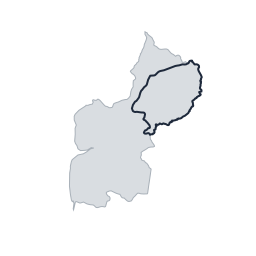 where Upper Takutu-Upper Essequibo sits in Guyana, rotated 230°
{"feature_id": "GUY-674", "entity_name": "Upper Takutu-Upper Essequibo", "entity_type": "Region", "adm_level": 1, "iso_a3": "GUY", "parent_name": "Guyana", "parent_adm1": "", "projection": "albers", "projection_center": [-59.289, 2.847], "detail": "fine", "context": "in_parent", "style": "outline", "palette": "slate", "viewbox_px": 256, "rotation_deg": 230, "n_neighbors": 0, "source": "natural_earth", "source_scale": "10m", "svg_char_len": 7521}
<svg xmlns="http://www.w3.org/2000/svg" viewBox="0 0 256 256"><g transform="rotate(230 128 128)"><path d="M81.7,119.3L76.3,113.3L70.9,107.2L65.5,101.2L65.2,100.4L67.4,97.6L69.4,95.5L71.1,94.4L71.9,93.3L71.3,89.0L71.3,87.4L70.6,85.7L70.0,83.8L70.7,82.2L71.5,81.1L72.5,80.6L75.0,80.2L76.8,80.1L77.4,79.4L78.4,78.7L79.8,78.7L82.4,79.2L83.6,78.2L85.8,76.9L90.7,74.7L91.7,73.2L92.5,70.9L92.4,69.8L91.9,69.4L90.7,69.0L88.9,69.0L87.4,69.6L85.9,69.3L84.6,67.9L84.5,66.7L85.3,65.0L84.8,64.0L82.4,60.5L82.4,59.5L84.2,58.0L85.2,56.7L86.6,53.5L87.6,52.5L91.0,52.1L91.9,51.4L93.6,49.7L96.2,47.8L99.9,46.3L101.0,43.6L101.6,42.8L104.6,41.3L105.1,40.6L105.0,39.9L100.3,33.7L101.3,34.1L104.9,38.1L107.0,39.0L107.4,39.0L107.4,38.0L109.3,38.4L114.1,41.2L121.1,45.8L131.1,54.5L133.9,57.8L135.8,59.3L138.7,63.1L139.6,64.9L139.5,72.3L136.9,77.3L136.3,81.0L136.1,86.0L134.6,88.9L136.6,87.3L137.2,82.8L139.0,80.1L141.2,77.1L144.2,76.3L147.4,77.6L149.9,77.8L152.2,78.7L157.1,83.5L161.8,87.3L163.5,90.3L168.6,91.9L171.5,94.3L172.5,96.3L173.1,101.8L172.1,110.0L172.4,110.4L171.0,112.0L170.8,113.0L169.9,114.9L169.2,115.9L170.2,118.1L171.4,118.2L171.8,118.5L172.1,119.0L172.0,119.4L171.6,119.9L170.5,120.4L169.5,121.7L169.6,123.2L168.9,123.9L166.9,124.3L162.8,124.4L160.8,124.5L159.2,124.7L158.2,125.6L156.8,126.3L155.8,126.5L154.9,127.5L154.0,129.1L154.3,130.1L155.2,131.5L155.8,133.0L155.0,135.3L154.2,137.1L153.8,138.5L153.1,141.2L151.6,144.1L150.5,145.7L150.5,147.5L151.0,150.1L154.2,153.8L155.3,155.6L156.2,158.4L159.0,160.7L160.8,162.5L160.7,164.9L160.9,165.6L162.1,166.3L163.4,166.7L164.9,166.7L166.3,166.5L166.6,166.1L169.7,166.1L170.1,166.7L170.2,170.1L170.4,171.5L171.1,172.1L171.6,173.0L171.6,173.7L171.7,175.7L172.2,176.7L172.1,178.8L172.5,179.5L173.3,180.0L174.4,181.5L174.8,181.7L175.0,182.2L176.0,184.3L176.4,185.0L176.8,185.0L176.9,185.8L177.6,187.7L178.1,188.2L178.9,189.7L179.3,191.3L180.4,193.0L181.6,194.3L182.2,195.6L183.7,198.4L185.1,200.4L187.1,201.0L188.8,201.2L189.8,202.0L190.8,202.9L189.7,203.2L188.7,203.8L187.4,203.4L185.5,203.6L183.5,204.1L181.7,204.4L178.3,203.5L177.3,203.4L176.6,203.0L175.2,201.3L174.5,201.0L172.7,201.9L170.5,202.5L169.4,202.3L168.2,202.9L167.0,203.8L164.7,207.2L163.6,208.4L162.3,209.0L159.8,209.0L157.2,209.1L155.2,210.0L153.3,210.4L152.4,210.5L152.1,212.4L151.6,213.2L151.0,213.7L149.6,213.9L148.3,213.8L147.5,213.0L146.0,212.6L144.7,212.4L143.9,211.9L143.2,212.0L142.6,212.8L142.2,213.5L141.8,214.7L139.8,215.1L139.0,215.8L139.5,218.2L139.2,219.1L138.8,219.8L136.4,219.9L134.4,219.9L133.2,220.8L131.7,221.8L130.9,221.9L129.8,221.9L128.4,220.7L127.1,219.3L123.7,218.3L120.4,217.5L118.2,215.2L117.6,214.1L116.6,213.6L114.0,210.9L112.6,209.1L111.0,208.7L109.2,208.0L109.3,206.7L109.1,205.5L108.4,205.0L107.3,204.7L106.9,204.0L107.0,202.4L107.2,198.3L106.9,194.4L104.5,193.1L103.5,192.1L101.7,186.4L100.8,183.7L100.8,181.8L101.4,176.0L102.1,173.5L103.9,168.5L105.0,166.8L105.1,165.6L105.0,163.9L104.4,160.7L107.5,158.7L108.9,157.8L109.1,156.5L110.8,154.8L111.5,153.1L112.2,151.9L112.0,151.2L111.3,150.8L110.4,149.6L108.6,146.0L107.9,145.3L107.4,144.3L107.7,142.8L108.4,141.1L108.3,140.4L107.2,139.5L105.0,137.9L103.1,137.8L101.7,137.3L99.5,137.2L97.9,137.0L96.9,136.5L97.1,135.5L97.5,134.8L98.9,133.0L99.9,131.1L100.0,129.3L100.3,126.9L100.7,124.8L100.9,122.4L98.7,120.8L98.0,119.5L97.1,118.4L96.1,118.4L94.5,117.9L92.1,119.4L90.3,119.1L89.0,119.7L86.0,119.5L84.1,118.8L81.7,119.3Z" fill="#d9dde1" stroke="#a8b0b8" stroke-width="1"/><path d="M111.2,151.0L111.0,150.9L111.0,150.2L110.9,150.1L110.4,149.3L109.5,148.5L109.3,148.1L109.4,147.5L109.7,147.1L109.7,146.7L109.2,146.3L108.1,145.9L107.7,145.6L107.4,144.9L107.3,144.7L107.3,144.4L107.4,144.0L107.5,143.8L107.7,143.5L107.7,143.4L107.7,143.2L107.4,142.9L107.7,142.3L108.5,141.4L108.7,140.8L108.7,140.6L109.0,140.6L109.9,140.7L110.5,140.6L110.9,140.3L111.1,140.2L112.0,138.3L112.2,138.1L112.4,137.8L112.6,137.6L112.8,137.4L113.0,137.3L113.2,137.2L113.8,137.1L114.3,137.3L114.5,137.7L114.7,138.1L115.0,139.0L115.1,139.4L115.1,139.8L114.9,140.1L114.7,140.5L114.6,141.0L114.7,142.1L114.9,143.1L114.9,143.4L114.8,143.6L114.4,144.0L114.2,144.5L114.2,144.8L114.3,145.0L114.6,145.4L114.8,145.5L115.7,146.0L116.1,146.1L116.4,146.2L119.9,146.3L121.4,146.1L121.8,146.1L122.3,146.2L122.5,146.2L122.9,146.0L124.0,145.5L124.2,145.4L124.4,145.4L124.5,145.4L124.9,145.5L125.0,145.6L125.3,146.3L125.4,146.9L125.5,147.2L125.7,147.5L127.4,149.7L127.7,149.9L127.8,150.0L128.2,150.1L129.1,150.2L129.3,150.1L129.6,150.0L130.0,149.7L130.7,148.9L131.2,148.3L134.6,145.3L134.8,145.1L135.3,144.2L135.7,143.8L136.0,143.5L136.6,143.1L137.2,142.9L137.4,142.8L137.8,142.7L138.0,142.7L138.2,142.8L138.6,142.9L139.4,143.2L140.6,143.7L141.0,144.4L142.5,146.6L143.6,150.1L143.6,150.4L143.6,150.7L143.4,151.4L143.4,151.8L143.4,152.2L144.2,155.5L144.4,156.1L144.6,156.5L147.0,160.0L147.9,161.7L148.0,162.1L148.1,162.6L148.1,163.2L148.9,166.7L148.9,167.1L148.8,168.3L148.9,169.0L149.0,169.8L149.3,170.5L152.0,174.4L153.6,178.2L153.7,178.7L153.6,178.9L151.6,181.6L151.2,182.4L151.2,182.6L151.1,182.9L151.1,183.3L151.4,186.6L151.4,187.4L151.3,187.9L151.2,188.4L150.9,189.3L149.1,192.7L145.1,204.1L144.1,205.9L143.1,207.5L141.8,210.5L141.5,210.9L140.4,212.0L139.5,213.3L139.3,213.9L139.1,215.4L139.1,215.5L138.8,215.8L138.9,216.4L139.4,217.4L139.6,217.9L139.6,218.5L139.4,219.0L138.6,220.2L138.4,220.3L138.2,220.1L137.9,219.9L137.7,219.7L137.5,219.8L137.2,220.0L134.4,219.9L134.0,219.9L133.7,220.1L133.0,221.1L132.6,221.6L132.1,221.9L131.5,222.2L131.0,222.3L130.5,222.3L130.1,222.3L129.6,222.0L128.9,221.5L128.7,221.0L128.6,220.4L128.2,219.8L127.7,219.4L127.1,219.1L126.0,218.7L121.7,217.9L120.1,217.4L119.6,217.2L119.3,216.7L118.8,215.5L118.5,215.2L118.1,215.0L118.0,214.5L117.9,214.0L117.6,213.6L117.4,213.6L116.9,213.8L116.5,213.7L116.4,213.6L116.3,213.2L116.2,213.0L116.0,212.9L115.7,212.9L115.4,212.6L114.9,211.7L114.6,211.4L113.8,210.8L113.4,210.2L112.7,209.1L112.1,208.6L111.6,208.5L111.1,208.5L110.7,208.6L110.2,208.7L109.9,208.6L109.6,208.5L109.4,208.3L108.8,207.7L109.2,206.9L109.7,205.9L109.7,205.6L109.2,205.5L108.2,205.1L107.9,205.1L107.4,205.3L107.1,205.3L106.8,205.0L106.7,204.5L106.7,203.9L106.7,203.5L106.8,203.2L107.1,202.7L107.2,202.4L107.2,202.2L107.2,201.5L107.2,201.3L107.4,200.9L107.4,200.7L107.3,200.4L107.0,199.9L107.0,199.5L107.1,199.2L107.4,198.8L107.4,198.5L107.4,198.3L107.2,197.5L107.2,196.6L107.3,195.6L107.3,194.7L106.7,194.1L106.0,194.0L105.8,193.9L105.4,193.8L104.6,193.1L103.6,192.6L103.1,192.2L102.9,191.7L103.2,191.1L103.2,190.8L103.1,190.5L103.1,190.0L103.0,189.7L102.3,188.0L102.2,187.5L102.2,187.2L102.0,186.6L101.9,186.5L101.5,186.3L101.4,186.2L101.6,185.9L101.6,185.7L100.8,184.1L100.7,183.6L100.8,179.5L101.4,177.4L101.4,176.8L101.3,175.3L101.5,174.7L101.7,174.1L102.4,173.0L102.5,172.9L102.9,172.7L102.9,172.4L102.7,172.1L102.7,171.9L102.8,171.9L103.1,171.8L103.2,171.7L102.9,171.3L102.8,171.1L102.8,170.8L102.9,170.6L103.1,170.5L103.3,170.2L103.6,169.1L103.8,168.8L104.4,167.7L104.7,166.8L104.8,166.8L105.1,166.8L105.2,166.6L105.3,166.5L105.1,166.1L105.2,164.7L104.7,164.9L104.8,164.4L105.3,163.4L105.0,162.7L104.6,162.2L104.2,161.6L104.2,160.9L104.8,160.2L106.9,159.4L107.9,158.5L108.5,158.3L108.7,158.1L108.9,157.8L108.9,157.6L108.9,157.3L108.9,157.0L109.1,156.4L109.4,156.1L110.5,155.6L111.0,155.2L111.0,154.9L110.9,154.4L110.9,153.8L111.0,153.3L111.4,152.7L111.9,152.2L112.3,152.1L112.6,152.0L112.7,151.9L112.8,151.7L112.7,151.4L112.5,151.2L112.2,151.1L111.4,151.0L111.2,151.0Z" fill="none" stroke="#1e293b" stroke-width="2"/></g></svg>